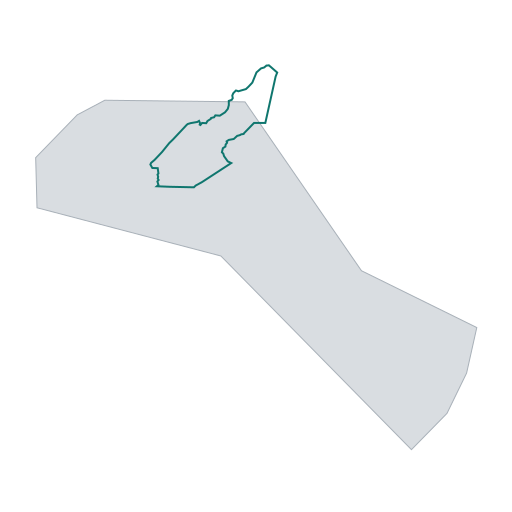 Santa Rita, Guam shown in context, rotated 91°
{"feature_id": "77769853B26973637010941", "entity_name": "Santa Rita", "entity_type": "district", "adm_level": 2, "iso_a3": "GUM", "parent_name": "Guam", "parent_adm1": "", "projection": "albers", "projection_center": [144.67, 13.403], "detail": "fine", "context": "in_parent", "style": "outline", "palette": "teal", "viewbox_px": 512, "rotation_deg": 91, "n_neighbors": 0, "source": "geoboundaries", "source_scale": "gbopen_adm2", "svg_char_len": 1425}
<svg xmlns="http://www.w3.org/2000/svg" viewBox="0 0 512 512"><g transform="rotate(91 256 256)"><path d="M211.6,475.8L161.5,478.0L118.0,437.2L102.9,409.9L102.1,269.7L268.9,150.3L323.7,34.0L369.4,43.4L410.0,62.3L446.9,97.2L256.6,291.1L211.6,475.8Z" fill="#d9dde1" stroke="#a8b0b8" stroke-width="1"/><path d="M166.4,363.2L169.8,361.2L169.9,355.8L175.2,355.0L176.3,355.9L178.5,355.2L180.3,355.6L181.7,354.7L183.2,355.9L186.6,354.8L188.0,356.3L188.3,343.5L188.4,319.3L186.6,317.5L183.0,311.2L163.5,282.4L161.9,285.9L156.7,289.7L154.2,290.5L152.9,291.9L148.8,291.0L147.1,288.5L145.1,288.3L143.3,286.9L141.9,287.4L140.4,285.2L139.4,280.3L136.2,276.9L135.7,275.1L135.3,274.0L134.6,272.9L134.3,271.0L134.1,270.4L133.6,270.2L133.1,269.8L123.0,260.3L122.8,249.0L76.2,239.5L72.2,238.0L66.3,245.0L65.3,246.3L65.1,246.5L65.2,246.8L65.3,247.7L65.4,248.9L65.5,249.0L65.9,249.4L67.4,251.2L68.3,254.2L72.4,258.7L82.7,262.7L87.0,266.6L89.3,269.0L91.6,276.5L91.0,278.4L90.9,279.0L93.7,281.6L96.0,282.5L98.6,282.0L100.3,283.0L101.4,285.9L105.6,285.8L109.2,286.7L109.6,286.9L112.9,289.5L116.3,294.6L116.3,294.8L116.3,295.2L116.1,299.1L118.0,300.3L118.8,303.3L119.7,303.6L121.9,306.9L124.1,308.1L123.9,312.2L125.4,313.4L126.0,313.9L125.6,314.6L124.2,314.2L121.9,315.3L123.0,317.0L124.3,323.7L125.2,326.5L126.0,327.5L140.9,341.0L144.6,344.7L153.7,351.8L161.7,359.1L164.7,362.5L166.4,363.2Z" fill="none" stroke="#0f766e" stroke-width="2"/></g></svg>